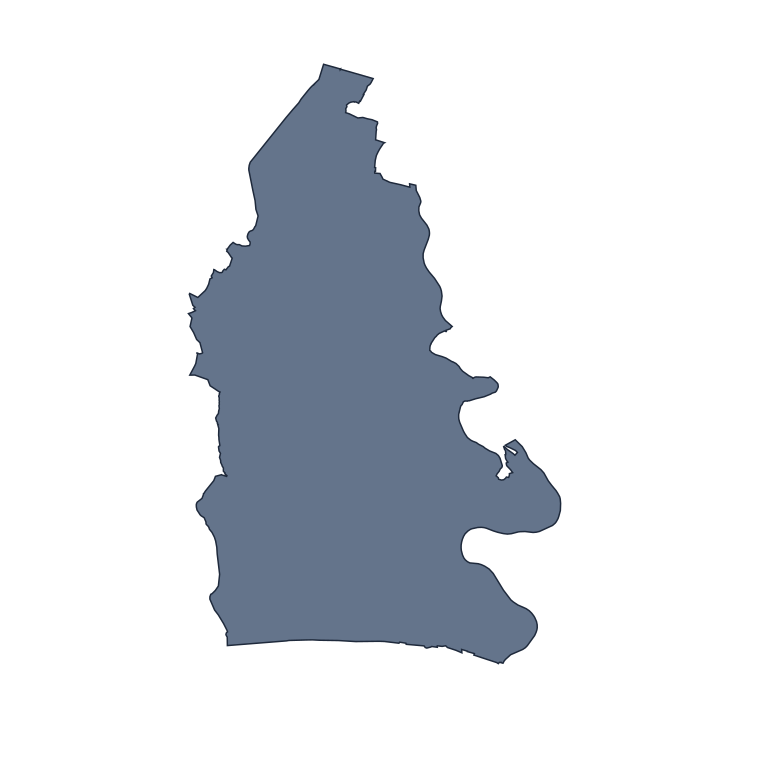 outline of Voorst, Gelderland, Netherlands, rotated 15°
{"feature_id": "6326949B12732314693238", "entity_name": "Voorst", "entity_type": "district", "adm_level": 2, "iso_a3": "NLD", "parent_name": "Netherlands", "parent_adm1": "Gelderland", "projection": "equal_earth", "projection_center": [6.089, 52.237], "detail": "fine", "context": "isolated", "style": "filled", "palette": "slate", "viewbox_px": 768, "rotation_deg": 15, "n_neighbors": 0, "source": "geoboundaries", "source_scale": "gbopen_adm2", "svg_char_len": 6148}
<svg xmlns="http://www.w3.org/2000/svg" viewBox="0 0 768 768"><g transform="rotate(15 384 384)"><path d="M363.3,183.8L356.9,184.0L358.0,187.2L348.6,187.2L337.4,187.7L330.0,186.4L328.7,184.8L325.7,181.7L320.5,182.7L320.1,181.6L320.1,180.8L320.7,180.7L319.9,177.2L318.9,177.3L317.7,170.4L317.5,165.3L318.2,161.4L319.1,157.8L321.2,151.6L322.1,150.8L312.7,150.3L311.0,141.7L311.0,140.4L310.1,138.5L310.0,136.5L310.4,134.0L309.8,132.5L304.1,131.8L299.3,132.1L294.6,132.0L289.9,133.8L280.5,132.0L276.7,131.8L276.6,130.1L275.8,128.0L276.4,125.8L275.6,124.3L275.7,124.0L277.6,121.5L279.0,120.4L281.9,119.0L282.3,119.4L283.8,118.8L286.9,119.4L287.3,117.0L288.0,117.1L289.7,109.6L289.1,109.5L290.7,104.6L290.9,100.6L292.9,98.0L293.5,96.3L294.5,91.8L268.8,91.3L260.7,91.2L260.6,91.4L260.5,90.8L260.0,91.3L259.9,91.0L242.9,90.8L242.3,106.7L238.3,113.4L238.7,113.2L238.5,113.6L237.8,114.1L236.3,116.7L234.3,120.9L230.2,130.2L228.9,134.5L225.1,142.1L220.4,152.1L197.4,204.4L197.2,207.6L197.6,210.7L198.1,212.4L207.2,230.9L212.0,240.2L215.1,248.5L218.9,254.3L219.1,264.3L218.5,265.7L218.0,268.1L217.2,269.6L215.3,270.9L214.4,271.9L213.8,273.9L213.7,275.7L213.8,277.1L214.4,278.4L216.0,280.1L217.9,281.5L218.4,283.2L218.3,285.0L214.6,286.7L211.1,287.4L208.2,286.8L206.0,287.4L204.6,287.3L201.6,286.3L199.5,289.6L197.7,294.3L197.3,294.5L197.8,294.8L197.7,296.5L199.4,297.3L204.2,301.5L204.8,301.7L204.3,310.1L203.3,311.0L201.8,314.6L200.1,314.5L199.1,316.4L198.9,317.8L198.3,318.4L196.3,319.0L193.7,318.6L190.7,317.5L190.0,317.5L190.4,320.5L189.2,324.4L190.5,325.9L188.7,327.5L188.8,333.0L188.0,337.4L187.1,340.1L181.8,348.6L172.9,346.8L172.7,347.7L179.0,357.5L181.6,358.8L180.4,360.5L182.9,362.0L179.6,364.8L176.9,366.6L181.0,369.6L181.4,370.1L181.8,378.7L186.8,383.6L191.5,389.5L195.5,391.7L200.7,400.8L200.2,401.5L198.0,402.7L194.7,402.3L196.1,403.0L196.9,412.8L196.5,415.4L194.1,425.7L199.0,424.3L212.7,425.4L216.5,430.7L226.3,434.0L227.7,434.2L227.4,435.7L227.7,436.6L227.5,438.1L227.7,439.0L228.4,439.9L229.0,442.5L229.6,443.8L229.6,444.7L230.2,446.2L230.2,447.7L231.3,450.4L231.3,453.0L231.7,455.3L230.9,457.3L230.2,460.4L231.8,463.2L232.9,464.1L233.4,465.3L233.8,465.7L233.6,465.7L236.0,469.8L237.5,476.3L238.3,478.2L239.0,480.5L241.3,485.7L241.3,486.2L240.4,487.1L240.4,487.6L242.0,491.4L244.0,493.3L244.1,497.4L245.9,500.0L246.6,502.1L248.4,504.2L248.9,505.1L250.6,506.7L251.4,509.8L253.5,511.1L253.5,511.9L256.0,513.2L255.9,514.0L250.9,513.8L250.6,513.6L245.1,516.8L244.6,521.4L239.2,533.6L238.4,536.2L238.0,536.7L238.2,537.7L237.8,541.6L234.2,546.4L233.9,547.6L233.9,549.1L234.6,551.4L236.0,554.1L240.2,557.9L241.4,558.6L244.9,559.7L247.7,563.3L248.3,565.1L248.7,565.6L250.9,566.9L251.9,567.8L253.0,569.5L256.3,571.9L259.8,575.8L262.0,579.2L264.8,585.1L266.9,591.4L274.5,610.4L276.3,622.0L274.5,627.1L272.2,631.0L271.1,632.0L270.9,634.6L271.5,636.9L278.9,646.2L283.7,649.9L291.1,657.0L296.4,662.9L297.0,663.9L296.2,665.0L296.1,666.7L296.6,667.6L298.1,669.1L300.4,677.2L356.2,657.4L358.6,656.3L375.4,651.3L381.0,649.7L388.0,648.2L406.3,643.6L423.4,640.1L445.8,633.8L451.0,632.6L465.5,630.5L466.0,629.3L472.3,628.7L472.8,629.7L490.4,626.6L492.1,627.9L493.7,628.0L497.4,625.9L498.0,625.2L503.6,624.5L503.1,623.5L503.3,623.1L508.1,622.4L511.3,620.9L513.5,622.1L522.3,622.6L528.8,623.5L527.7,620.3L533.8,620.5L533.8,620.9L541.1,621.0L541.0,622.6L564.9,623.9L566.8,624.5L567.5,623.0L569.1,622.6L569.1,622.9L571.2,622.9L571.7,620.6L572.6,618.6L576.4,612.7L586.7,604.5L588.8,602.1L590.2,599.6L594.6,588.0L595.2,584.3L595.3,581.8L595.1,579.8L594.3,577.0L592.8,574.0L590.0,570.5L588.4,569.0L585.9,567.1L582.9,565.4L579.4,564.2L570.4,562.8L565.4,561.1L562.4,559.7L552.7,552.2L538.5,538.7L533.4,535.5L528.4,533.9L524.9,533.3L521.5,533.2L513.2,534.6L510.5,534.0L508.0,532.8L506.1,531.3L504.0,528.7L501.8,524.8L500.9,522.4L500.2,519.6L499.9,516.5L499.9,513.7L500.3,510.5L501.1,507.7L503.1,504.3L505.1,502.0L506.5,501.0L511.7,498.3L515.3,497.2L518.0,496.8L520.3,496.8L527.7,497.6L532.2,497.8L538.0,497.6L542.1,497.0L545.8,495.6L552.0,492.1L553.8,491.4L558.4,490.0L566.5,488.8L569.5,487.7L572.3,486.2L583.4,477.0L585.3,474.2L586.0,472.6L586.9,469.1L587.1,466.7L587.1,460.6L585.5,453.6L584.0,449.5L582.9,447.5L580.0,444.5L577.8,442.5L571.9,438.3L567.7,435.0L561.5,428.6L557.7,426.1L548.9,422.3L544.4,419.8L542.4,418.2L538.9,413.7L533.7,408.7L525.2,403.9L517.1,411.7L518.7,412.5L522.3,413.0L528.3,414.2L530.6,415.6L528.9,418.9L526.8,417.8L520.0,415.3L516.1,413.2L515.8,413.6L516.7,414.8L517.3,415.9L518.6,417.0L519.7,419.9L519.8,420.9L519.3,421.0L520.8,424.6L522.8,426.7L523.9,427.4L522.5,428.7L523.2,430.4L523.9,431.3L528.4,434.0L531.2,436.3L528.3,438.1L528.7,439.6L528.6,442.0L526.3,442.2L525.8,443.6L524.4,445.5L522.3,446.4L519.3,446.3L518.7,445.0L516.1,443.7L516.5,441.5L517.8,438.6L518.3,435.9L519.4,434.2L519.5,432.7L519.3,432.1L515.3,425.7L513.0,423.5L510.0,422.1L503.3,421.3L498.4,419.9L496.0,418.8L490.9,417.7L488.4,416.7L484.6,416.3L482.3,415.8L478.4,414.1L474.8,410.9L472.9,408.9L467.0,401.4L465.3,398.4L464.6,396.3L464.0,394.0L463.8,386.5L464.0,384.9L464.7,383.8L465.3,380.6L466.6,379.5L469.1,378.9L469.5,378.5L470.6,378.2L476.4,374.5L484.0,370.4L489.6,366.2L490.9,364.8L493.6,363.1L494.4,361.7L495.1,357.8L495.0,356.8L494.1,354.6L492.9,353.6L489.4,351.6L484.7,349.6L483.1,351.0L478.8,351.6L470.9,353.4L469.6,354.2L468.5,355.6L468.1,355.5L468.0,355.0L463.7,354.0L456.6,351.3L453.8,349.4L451.9,347.6L448.3,345.6L444.5,344.7L444.2,344.9L437.2,342.9L433.3,342.5L426.0,342.3L421.7,341.1L420.7,340.2L419.5,339.7L418.8,336.4L418.7,334.7L419.1,333.0L418.9,332.8L421.1,326.0L422.2,324.3L422.7,323.0L424.2,320.9L428.7,317.1L430.4,317.3L430.6,317.0L430.0,316.1L433.8,313.4L433.9,312.3L435.0,310.8L426.9,306.8L423.6,304.2L421.8,302.3L419.9,299.4L418.7,296.7L418.3,294.5L418.0,289.0L417.3,284.0L415.4,279.4L414.0,277.1L412.6,275.3L405.5,268.9L398.6,264.1L395.0,261.0L392.9,258.7L391.5,256.8L389.1,251.9L388.1,248.0L388.1,244.2L389.3,232.8L389.3,228.5L388.9,226.5L388.2,224.6L387.3,222.8L384.3,219.4L377.2,214.1L374.6,211.4L372.8,207.7L371.9,204.0L372.5,199.4L372.3,197.9L370.3,194.6L365.1,188.8L363.3,183.8Z" fill="#64748b" stroke="#1e293b" stroke-width="1.5"/></g></svg>